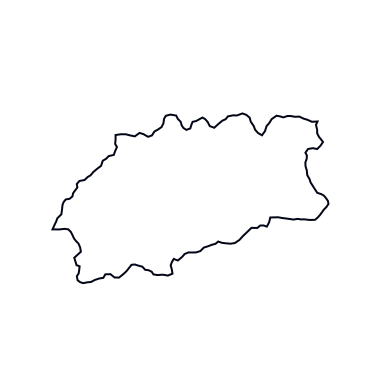 outline of Guiricema, Minas Gerais, Brazil, rotated 238°
{"feature_id": "56859067B41378341459748", "entity_name": "Guiricema", "entity_type": "district", "adm_level": 2, "iso_a3": "BRA", "parent_name": "Brazil", "parent_adm1": "Minas Gerais", "projection": "robinson", "projection_center": [-42.701, -21.017], "detail": "fine", "context": "isolated", "style": "outline", "palette": "ink", "viewbox_px": 384, "rotation_deg": 238, "n_neighbors": 0, "source": "geoboundaries", "source_scale": "gbopen_adm2", "svg_char_len": 2625}
<svg xmlns="http://www.w3.org/2000/svg" viewBox="0 0 384 384"><g transform="rotate(238 192 192)"><path d="M172.3,51.5L171.0,55.1L169.2,58.7L168.9,63.0L167.8,67.5L166.2,71.3L168.1,74.9L165.5,79.3L160.6,81.0L158.1,84.7L158.7,90.0L159.6,94.5L161.0,98.5L162.3,102.1L160.9,105.0L158.2,107.3L155.0,110.3L150.8,111.1L148.6,113.8L145.6,115.6L142.6,115.6L139.8,118.8L137.5,123.2L133.9,127.3L133.1,132.2L137.5,134.0L141.0,135.0L143.2,137.7L144.9,141.1L141.4,143.7L142.2,149.3L143.3,152.9L142.7,156.8L140.6,160.1L138.6,163.5L137.5,167.8L138.6,172.5L137.5,176.8L136.7,181.0L135.6,184.4L136.1,188.0L133.0,190.5L130.1,194.1L127.6,197.5L126.0,201.3L126.2,206.7L127.7,212.1L128.7,217.0L130.1,223.4L126.9,228.3L127.4,232.1L125.7,235.0L123.0,237.1L125.4,241.3L128.9,244.9L126.9,248.3L124.9,251.7L122.2,254.6L120.2,257.1L117.8,260.0L114.9,263.4L113.2,267.4L111.0,269.9L109.3,272.8L105.9,277.0L103.2,281.6L103.7,285.0L104.9,289.0L107.1,294.2L108.2,298.5L109.6,301.4L112.3,302.5L115.5,302.4L119.1,301.9L121.7,300.5L124.9,297.8L129.7,297.7L133.6,297.7L137.2,297.6L140.5,298.5L145.3,298.7L149.2,300.7L153.6,301.9L157.0,303.8L159.3,306.8L162.1,308.8L165.2,309.0L167.0,313.2L165.0,317.9L162.1,320.9L163.2,325.6L165.0,329.6L168.4,329.3L171.3,328.9L175.3,329.2L178.5,331.1L183.2,332.7L185.3,335.8L188.0,330.9L192.3,328.0L195.1,325.5L198.9,323.1L201.6,318.7L203.7,316.5L205.8,313.4L206.9,309.0L209.6,306.6L211.9,304.1L211.6,298.2L209.5,294.0L208.4,290.2L205.0,286.2L203.0,281.4L206.9,279.3L211.3,278.5L215.3,279.3L220.6,279.1L224.5,280.3L228.7,278.9L231.9,276.4L233.1,270.6L235.3,267.4L237.1,262.5L235.9,259.1L236.4,255.5L235.7,250.4L234.7,244.9L238.5,242.0L243.1,242.4L246.8,241.8L249.6,240.3L249.8,236.6L250.0,233.0L251.2,229.7L249.3,227.1L246.8,224.2L247.7,220.1L251.0,218.6L254.0,218.6L257.7,219.6L261.5,218.7L265.2,219.1L269.1,214.7L270.5,210.1L268.8,207.0L265.5,204.3L263.2,200.6L263.0,196.8L263.2,192.1L261.2,188.0L262.1,184.0L266.8,181.5L269.9,178.8L269.5,173.0L272.9,169.4L276.1,166.4L278.8,162.0L280.8,157.4L276.6,154.7L273.5,152.3L269.9,152.2L267.5,148.6L264.9,145.3L266.6,140.4L265.7,136.9L265.8,132.9L262.4,128.8L261.9,123.5L261.2,118.7L259.9,114.8L260.0,111.5L259.1,107.2L261.0,102.4L259.8,98.5L256.6,97.2L255.3,93.8L254.0,90.6L251.6,88.2L251.1,84.6L252.6,81.0L251.5,77.8L249.6,75.3L246.3,72.7L242.3,69.4L241.1,63.9L239.1,61.4L236.7,57.6L234.2,53.9L230.7,59.4L228.2,64.5L225.9,67.3L222.3,68.1L218.9,67.8L215.0,67.3L211.6,67.7L208.5,68.4L204.4,67.8L200.2,66.1L199.4,61.6L198.6,57.3L195.1,56.4L191.2,55.3L188.5,57.3L185.5,54.9L183.0,52.7L181.6,49.7L177.7,48.2L174.6,49.5L172.3,51.5Z" fill="none" stroke="#020617" stroke-width="2"/></g></svg>